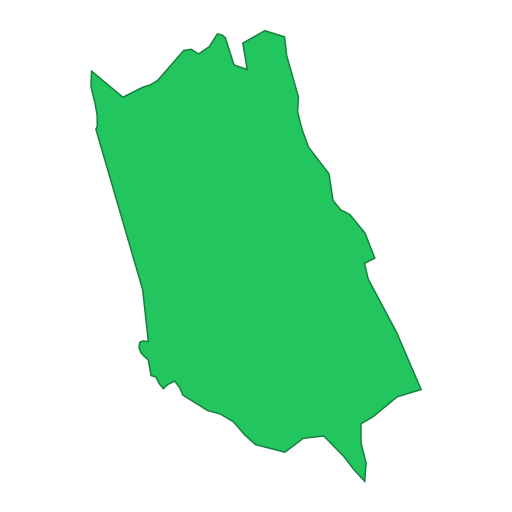 Kaḷutara, Equal Earth projection
{"feature_id": "LKA-2472", "entity_name": "Kaḷutara", "entity_type": "District", "adm_level": 1, "iso_a3": "LKA", "parent_name": "Sri Lanka", "parent_adm1": "", "projection": "equal_earth", "projection_center": [80.098, 6.573], "detail": "fine", "context": "isolated", "style": "filled", "palette": "green", "viewbox_px": 512, "rotation_deg": 0, "n_neighbors": 0, "source": "natural_earth", "source_scale": "10m", "svg_char_len": 1005}
<svg xmlns="http://www.w3.org/2000/svg" viewBox="0 0 512 512"><path d="M151.1,375.6L148.3,360.0L146.8,358.5L143.9,356.1L140.9,352.6L139.0,347.6L139.8,342.2L143.1,340.9L146.6,341.5L148.3,341.4L143.1,293.6L142.7,289.8L128.6,241.4L95.9,129.2L97.0,126.7L97.3,126.1L97.1,114.8L95.0,103.2L90.9,86.3L91.6,71.2L122.9,97.2L142.4,87.4L150.2,84.9L157.7,80.4L183.7,50.5L191.2,49.3L198.6,54.0L209.1,46.8L217.4,33.9L221.8,34.9L225.3,37.7L234.0,64.9L247.2,69.5L242.8,43.1L264.8,30.7L284.5,36.8L286.7,55.6L298.5,97.3L297.6,111.8L301.9,128.9L308.5,147.1L329.0,173.9L333.0,200.4L340.5,209.7L349.9,214.6L365.0,233.1L374.8,258.1L364.6,263.3L368.1,278.8L396.7,332.6L421.1,389.5L397.1,396.8L373.5,416.4L361.0,423.8L361.0,443.2L366.1,463.0L364.7,481.3L354.2,470.0L343.8,456.5L323.8,436.0L303.3,438.3L284.9,452.2L255.6,444.7L244.4,434.6L233.5,421.8L220.1,413.9L207.7,410.6L183.0,395.2L179.5,387.4L174.6,381.0L167.7,384.6L163.3,388.7L159.4,383.8L155.8,377.0L151.1,375.6Z" fill="#22c55e" stroke="#15803d" stroke-width="1.5"/></svg>